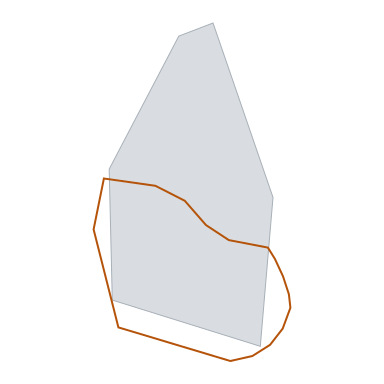 where Saint Anthony sits in Montserrat
{"feature_id": "MSR-5087", "entity_name": "Saint Anthony", "entity_type": "Parish", "adm_level": 1, "iso_a3": "MSR", "parent_name": "Montserrat", "parent_adm1": "", "projection": "robinson", "projection_center": [-62.171, 16.712], "detail": "fine", "context": "in_parent", "style": "outline", "palette": "amber", "viewbox_px": 384, "rotation_deg": 0, "n_neighbors": 0, "source": "natural_earth", "source_scale": "10m", "svg_char_len": 474}
<svg xmlns="http://www.w3.org/2000/svg" viewBox="0 0 384 384"><path d="M273.0,197.4L260.3,346.3L112.3,300.1L109.2,169.1L178.8,36.1L213.0,23.0L273.0,197.4Z" fill="#d9dde1" stroke="#a8b0b8" stroke-width="1"/><path d="M267.9,247.6L274.9,258.9L283.0,276.3L288.9,294.3L290.4,307.8L282.7,328.6L270.1,344.8L252.4,356.0L230.3,361.0L118.4,327.4L93.6,229.4L103.9,178.5L155.4,185.8L184.8,200.8L206.0,225.1L228.8,240.1L267.9,247.6Z" fill="none" stroke="#b45309" stroke-width="2"/></svg>